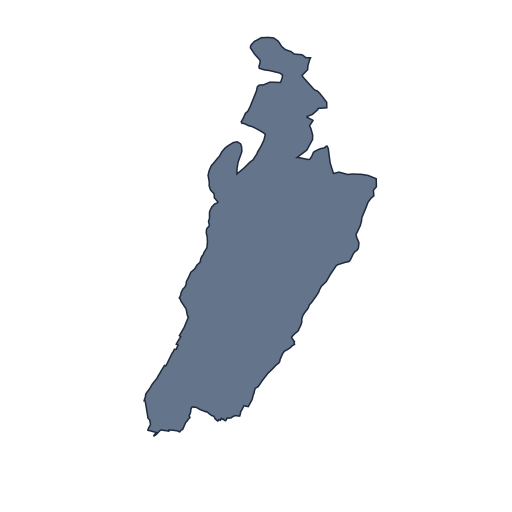 Lisa, Brasov, Romania, rotated 204°
{"feature_id": "2599482B61913429007955", "entity_name": "Lisa", "entity_type": "district", "adm_level": 2, "iso_a3": "ROU", "parent_name": "Romania", "parent_adm1": "Brasov", "projection": "albers", "projection_center": [24.869, 45.68], "detail": "fine", "context": "isolated", "style": "filled", "palette": "slate", "viewbox_px": 512, "rotation_deg": 204, "n_neighbors": 0, "source": "geoboundaries", "source_scale": "gbopen_adm2", "svg_char_len": 5814}
<svg xmlns="http://www.w3.org/2000/svg" viewBox="0 0 512 512"><g transform="rotate(204 256 256)"><path d="M339.8,457.8L340.1,457.4L344.8,451.3L346.3,447.0L346.3,445.8L345.8,443.9L342.6,441.9L339.5,439.9L332.0,436.5L330.9,434.3L330.4,430.3L329.3,428.8L324.1,429.4L319.0,430.9L308.7,432.8L305.3,432.1L304.5,429.0L304.2,424.5L314.0,420.5L318.6,415.6L322.6,413.4L323.6,411.3L322.7,406.7L322.1,389.7L322.4,384.7L323.7,382.2L323.7,376.6L324.1,372.5L322.8,371.5L320.6,372.2L315.5,372.0L312.7,372.6L307.5,372.5L299.5,371.6L297.0,371.0L295.9,364.9L296.1,357.9L296.9,351.6L296.7,349.9L297.8,342.7L299.8,339.1L302.9,331.1L304.7,327.4L306.8,323.2L308.7,327.7L310.5,334.3L311.2,343.7L311.5,346.0L313.9,350.4L315.8,352.2L319.6,352.7L321.2,351.6L322.9,350.4L326.6,345.0L328.2,342.0L329.6,337.2L330.0,332.1L330.8,329.9L332.1,325.0L333.6,320.2L333.5,314.8L332.6,310.2L328.6,304.2L327.4,301.1L324.4,297.8L319.8,295.8L318.8,294.4L317.8,292.2L312.8,289.9L312.9,288.9L315.0,286.6L316.3,283.0L316.5,278.4L316.3,277.1L313.8,271.4L313.5,268.3L311.0,265.0L311.1,263.9L312.0,261.5L311.9,259.6L310.6,256.5L308.5,253.9L306.0,248.9L304.2,243.4L305.0,238.0L304.7,236.1L305.5,233.3L305.0,232.4L305.5,231.4L304.9,229.4L304.8,228.3L304.4,228.0L306.2,223.8L306.8,219.1L309.0,214.5L308.9,212.1L309.0,207.9L309.2,204.4L308.2,201.1L308.4,198.5L309.4,195.9L309.5,191.9L308.9,189.8L309.0,186.4L307.8,185.9L306.3,184.3L298.3,179.2L294.6,173.9L293.3,172.7L292.9,172.7L292.8,168.0L292.6,161.5L293.6,152.0L291.9,151.7L292.4,148.8L293.0,143.0L291.1,143.0L291.0,141.7L290.9,138.3L292.6,137.6L292.7,135.0L293.1,132.8L293.3,127.7L293.4,124.4L293.4,123.3L293.6,119.7L293.7,119.1L293.7,118.9L294.9,118.9L295.0,118.9L295.1,118.7L295.3,117.2L295.3,116.8L295.4,116.5L295.5,115.2L295.8,113.6L295.9,112.8L296.0,111.9L296.1,110.5L296.2,109.6L296.3,108.9L296.4,108.2L296.4,107.7L296.5,107.2L296.6,106.4L296.6,105.6L296.7,105.1L296.7,104.6L296.7,104.0L296.8,103.7L296.9,103.3L297.0,102.9L297.1,102.6L297.2,102.1L297.6,100.6L297.9,99.8L298.1,98.9L298.3,98.1L298.5,97.3L298.6,96.9L298.7,96.1L298.8,95.6L298.9,94.9L298.9,93.7L299.1,92.1L299.2,91.3L299.5,90.3L299.6,89.8L299.7,89.2L299.9,88.5L300.1,87.8L300.2,87.2L300.3,86.4L300.5,85.7L300.5,85.2L300.3,83.8L299.8,82.9L299.7,81.8L299.6,80.5L299.5,79.4L299.3,78.1L298.5,78.3L298.2,78.4L297.0,76.5L296.4,75.7L296.1,75.1L295.1,73.7L291.9,68.8L288.7,63.9L288.0,63.7L286.2,62.7L284.8,60.6L283.8,59.0L284.1,55.9L284.2,54.5L283.9,52.8L283.3,52.9L280.7,53.4L278.3,53.7L276.9,54.0L275.3,54.2L275.6,52.6L275.9,52.3L276.2,51.3L276.2,50.3L276.3,49.6L275.7,50.4L274.5,52.4L274.2,53.2L273.8,54.3L273.1,56.5L272.8,57.2L272.0,58.5L268.8,59.3L266.2,60.1L264.4,60.5L264.8,61.7L263.9,62.0L260.2,63.3L259.7,63.4L259.2,63.5L258.4,63.8L257.3,64.2L256.8,64.2L256.2,64.2L254.5,64.2L254.1,64.3L253.9,65.3L253.7,65.9L253.4,66.8L253.0,67.2L252.5,67.7L252.4,69.0L252.5,72.2L252.5,75.4L251.6,77.7L251.7,78.3L251.6,79.1L251.3,79.8L251.0,80.7L250.6,81.4L251.1,82.0L251.8,82.4L252.3,83.4L252.0,84.0L252.1,85.5L252.2,86.7L252.8,88.5L253.2,89.5L253.1,90.9L253.0,92.4L251.5,92.5L250.7,92.8L250.0,93.3L249.2,93.4L247.5,93.3L246.8,93.2L245.0,93.0L243.5,93.0L241.0,93.1L238.4,93.2L238.1,93.8L237.0,93.6L235.4,93.1L233.5,92.6L233.0,92.5L232.5,92.4L231.5,92.2L231.1,92.2L230.8,92.3L230.0,92.5L229.5,92.4L229.1,92.2L228.7,92.1L227.9,91.3L227.4,90.7L226.7,90.5L226.1,90.3L225.1,89.9L223.7,89.7L223.6,91.3L221.7,91.4L221.7,93.5L220.1,93.2L219.8,93.7L218.6,93.3L218.1,93.1L217.8,93.0L216.7,93.2L216.5,95.1L216.6,95.7L216.6,96.0L214.8,96.9L213.4,97.7L212.8,98.1L211.9,99.8L210.0,101.8L208.5,102.2L205.8,103.1L206.1,105.6L206.5,106.8L206.7,107.6L206.4,108.8L206.1,114.3L201.9,115.2L201.7,115.3L201.7,116.5L201.4,120.4L201.2,123.0L201.4,124.9L201.6,125.9L201.8,126.6L202.0,127.7L202.0,128.6L202.0,129.9L202.4,131.5L202.9,134.7L200.8,137.6L200.6,138.8L199.5,145.1L198.8,147.9L197.8,152.0L197.5,153.4L195.0,159.5L194.1,162.1L193.6,163.7L192.7,165.6L192.2,166.5L191.6,167.8L191.4,169.6L191.9,171.0L191.9,172.4L191.9,174.6L191.9,178.3L191.7,178.8L191.4,180.4L190.2,182.0L189.4,183.0L188.1,185.0L187.1,186.8L186.3,189.0L184.8,190.8L186.0,192.6L185.9,193.3L190.1,195.8L190.5,196.6L188.8,201.3L187.7,203.2L187.4,204.1L187.0,205.3L186.9,205.6L187.1,206.4L186.9,210.7L187.2,214.0L188.6,217.1L189.0,221.2L188.3,224.9L187.4,228.2L187.2,229.2L187.2,230.5L187.3,231.7L187.4,232.8L187.1,233.9L186.9,234.6L186.7,235.0L186.3,236.5L186.0,237.6L185.9,238.0L185.7,239.2L185.5,240.0L185.4,241.2L184.9,242.5L184.9,243.3L184.7,244.1L184.0,248.7L184.3,250.4L184.0,254.7L181.4,261.3L180.6,269.1L179.1,277.8L178.8,279.7L177.9,281.2L171.9,286.5L169.6,288.1L168.7,288.9L168.2,290.9L168.0,297.6L167.6,299.7L166.0,302.5L165.7,303.9L165.9,305.7L167.3,309.9L168.5,311.1L171.3,313.6L173.4,316.3L173.2,320.2L173.1,326.1L173.8,330.7L174.9,334.1L175.1,342.2L175.2,345.6L175.5,350.5L174.5,355.4L172.8,358.9L175.5,363.9L174.2,368.3L177.6,375.5L186.4,375.2L192.9,373.5L201.5,370.0L205.3,367.8L214.3,366.4L218.8,362.9L226.0,371.0L229.8,377.2L233.7,383.6L235.8,385.3L236.6,384.8L237.6,382.5L240.8,380.3L241.9,379.1L244.6,375.9L245.7,374.2L245.6,370.3L246.0,366.8L247.0,365.6L250.1,364.8L255.8,363.6L258.6,362.7L252.7,373.3L251.7,385.4L252.6,387.5L253.4,389.5L257.2,394.2L260.1,397.0L259.6,399.6L259.0,402.9L259.5,403.2L260.8,403.3L261.7,403.3L262.4,403.2L263.8,403.5L265.4,403.4L266.2,404.1L262.1,408.2L259.1,414.8L259.2,416.1L251.6,420.2L253.9,425.1L258.7,427.8L261.4,429.2L264.1,430.6L267.0,431.7L268.6,431.6L270.6,431.7L284.6,438.0L286.9,439.2L287.2,440.2L284.6,447.2L286.0,451.0L286.4,454.0L286.8,457.1L286.8,458.7L286.8,459.3L289.5,458.1L290.4,457.7L291.6,457.6L295.0,458.5L296.2,458.5L303.2,456.0L307.1,457.0L313.0,456.5L317.7,457.8L321.6,460.4L323.1,461.3L328.5,462.4L333.2,460.9L334.5,460.3L334.9,460.1L339.4,457.8L339.5,457.8L339.8,457.8Z" fill="#64748b" stroke="#1e293b" stroke-width="1.5"/></g></svg>